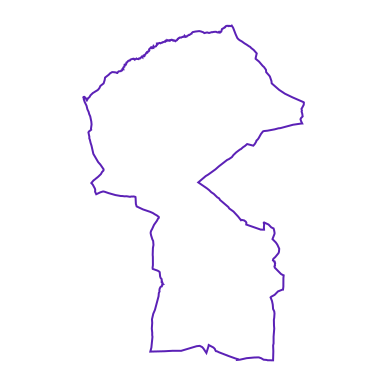 Chemba, Dodoma, United Republic of Tanzania (Mercator projection), rotated 91°
{"feature_id": "72390352B30961702846084", "entity_name": "Chemba", "entity_type": "district", "adm_level": 2, "iso_a3": "TZA", "parent_name": "United Republic of Tanzania", "parent_adm1": "Dodoma", "projection": "mercator", "projection_center": [35.501, -5.27], "detail": "fine", "context": "isolated", "style": "outline", "palette": "violet", "viewbox_px": 384, "rotation_deg": 91, "n_neighbors": 0, "source": "geoboundaries", "source_scale": "gbopen_adm2", "svg_char_len": 5897}
<svg xmlns="http://www.w3.org/2000/svg" viewBox="0 0 384 384"><g transform="rotate(91 192 192)"><path d="M195.9,287.7L193.9,283.6L193.0,280.9L193.3,279.3L194.6,275.3L196.4,268.5L197.3,262.8L197.2,262.1L197.5,259.4L197.4,257.2L197.9,253.8L197.6,252.9L197.5,250.0L197.9,248.5L198.8,248.3L204.9,247.9L207.4,247.1L210.3,240.6L212.6,233.4L213.7,230.8L215.0,228.7L216.0,226.8L217.4,224.9L217.7,224.7L218.5,224.8L219.2,225.5L221.4,226.6L225.5,229.4L229.9,231.3L231.3,232.1L232.9,232.6L234.1,232.6L236.2,232.1L240.1,230.8L241.6,230.0L245.6,229.6L248.7,230.1L255.6,230.2L257.4,230.0L265.8,229.8L268.5,230.1L269.6,229.9L271.2,225.1L271.8,223.9L272.7,222.9L277.1,222.4L278.6,221.8L279.7,220.8L281.0,220.8L281.8,220.4L282.2,220.8L282.7,220.8L283.4,219.9L283.9,220.0L284.5,219.4L284.6,220.0L284.9,220.1L285.0,219.7L286.9,220.6L286.9,221.0L287.5,221.8L289.1,222.6L290.8,222.9L292.0,222.7L293.6,223.4L296.8,223.6L310.5,227.0L314.4,228.6L320.0,229.8L323.6,229.5L329.3,229.8L333.5,229.3L335.8,229.3L337.5,229.0L348.3,229.9L352.3,230.9L351.7,216.8L351.1,208.4L351.0,200.1L346.1,184.7L345.7,181.6L346.9,179.1L348.2,177.9L352.7,174.8L346.3,172.9L344.7,172.6L347.1,167.9L348.4,166.5L350.0,165.8L350.7,165.3L350.9,164.1L351.8,162.2L355.3,152.7L357.8,145.3L358.3,143.4L359.1,143.8L358.8,141.1L357.2,134.5L356.4,127.0L356.2,123.0L356.2,122.3L357.0,119.9L358.4,117.5L358.6,114.5L358.9,113.5L358.9,108.0L349.9,107.9L344.0,108.2L342.0,107.8L335.2,107.9L327.1,107.4L324.0,107.7L318.4,107.9L316.3,107.6L312.0,107.4L309.9,107.7L307.5,108.9L303.2,109.3L299.6,110.1L296.0,111.6L295.3,110.9L293.4,107.6L289.9,104.3L288.0,99.8L288.0,99.3L285.1,99.0L276.5,99.1L273.7,98.9L273.3,100.0L272.4,101.6L266.2,107.9L264.8,108.3L264.2,107.7L262.5,107.9L261.8,107.6L261.4,107.7L260.9,108.2L260.5,108.4L260.0,108.2L259.5,109.2L258.9,109.9L257.6,109.6L256.9,109.0L255.7,107.7L251.7,104.5L250.3,104.0L247.2,103.8L243.1,105.8L241.0,107.3L237.7,110.7L232.5,108.8L231.6,108.7L229.0,109.2L227.0,109.8L226.0,112.1L223.2,114.9L221.2,119.4L221.4,119.7L221.7,119.7L223.2,119.3L225.7,119.5L228.4,119.3L228.4,122.6L223.6,137.2L221.8,137.1L220.7,137.7L219.5,139.4L219.0,141.9L219.4,142.5L215.7,145.5L210.8,150.2L207.8,154.5L206.4,155.4L199.5,163.8L197.9,164.8L196.9,166.6L193.5,170.2L191.9,172.7L189.9,174.8L188.2,177.0L182.3,185.9L175.8,178.5L174.3,176.1L169.0,169.0L165.9,165.6L159.3,157.4L158.5,155.7L156.4,152.7L154.4,151.3L151.6,148.5L148.7,144.8L148.3,143.9L146.3,141.7L145.0,139.8L143.1,137.7L144.6,131.5L142.8,130.0L140.3,128.6L139.5,128.5L138.3,127.2L137.0,126.3L132.7,124.0L130.2,122.1L129.8,121.1L129.4,117.7L127.9,110.4L126.8,106.6L126.6,104.8L123.0,92.2L121.7,84.3L121.6,83.0L119.2,84.2L117.3,84.8L116.1,84.2L114.5,82.7L111.5,83.2L109.8,83.8L109.5,83.8L108.8,83.5L107.4,83.9L106.7,83.9L106.2,83.5L102.8,81.8L100.5,81.7L100.2,82.1L95.6,93.2L92.1,100.8L88.4,106.6L82.0,114.2L79.7,114.5L75.3,116.1L74.4,116.7L70.9,119.9L68.5,120.2L65.8,122.2L64.7,123.5L60.4,127.3L57.7,130.7L56.9,130.7L52.3,129.7L48.9,132.8L47.1,135.2L45.8,136.5L45.4,137.4L43.8,139.8L42.4,142.2L40.5,144.9L39.5,146.8L38.5,148.2L37.2,149.4L33.6,151.1L27.2,153.7L24.9,155.2L25.4,156.1L25.4,157.0L25.2,157.8L25.5,158.1L25.5,158.7L25.2,159.1L25.3,160.3L25.7,161.2L26.7,161.7L26.7,162.3L27.5,162.9L27.7,163.6L28.4,164.3L28.6,164.9L31.0,165.5L31.4,166.3L31.8,166.3L32.2,166.9L32.1,167.8L31.5,168.0L32.0,168.7L32.0,169.1L31.8,169.9L31.5,170.3L31.4,171.3L31.6,173.4L31.9,174.4L31.8,174.9L32.7,177.7L32.2,179.7L32.9,182.5L32.2,183.3L31.3,185.9L31.0,187.6L31.5,191.3L32.1,194.0L33.0,195.0L33.7,195.2L33.9,195.8L35.0,197.3L34.9,197.7L35.5,198.4L35.8,199.3L36.7,200.0L37.0,201.1L36.5,201.1L36.4,201.4L36.8,201.6L36.7,201.8L36.3,201.8L36.1,202.0L36.8,202.1L36.6,203.1L36.7,203.3L37.0,203.3L37.2,203.9L37.2,204.5L37.8,205.5L37.7,206.7L38.1,207.1L38.0,207.4L38.6,208.3L39.1,208.5L39.2,208.9L39.6,209.0L39.9,209.5L40.5,209.7L41.0,210.6L41.0,210.9L41.3,211.1L41.1,211.3L41.3,211.6L40.8,212.2L41.1,212.9L40.9,213.7L40.4,213.8L40.4,214.3L40.1,214.8L40.4,215.2L40.3,215.7L40.5,216.0L40.5,216.4L41.1,216.6L41.2,216.9L41.2,217.4L40.8,217.5L41.0,218.0L40.7,218.5L40.9,218.9L40.5,219.6L41.4,220.0L41.1,221.0L41.4,221.2L41.9,221.3L41.7,221.6L42.4,222.4L42.5,223.1L42.9,223.8L42.8,224.2L43.3,224.6L43.4,225.3L43.9,226.1L43.5,226.9L43.6,227.5L44.3,228.3L44.0,229.2L44.1,229.7L45.5,229.5L46.0,230.1L46.9,230.5L47.6,232.4L47.2,233.0L48.6,233.1L48.5,233.5L47.7,233.5L48.9,234.3L48.9,234.6L48.1,234.8L47.9,235.1L48.0,235.5L49.0,236.2L49.4,236.8L50.2,237.4L51.2,237.1L52.1,237.7L52.2,238.4L53.0,238.8L52.7,239.1L52.9,239.5L53.7,239.6L54.0,240.4L55.5,241.1L55.9,242.1L56.9,241.9L57.1,242.1L56.8,243.2L57.3,243.4L57.7,243.9L58.2,243.9L57.6,244.7L58.5,245.3L58.8,245.9L59.4,246.3L59.3,247.2L60.1,247.7L59.9,249.3L59.5,249.9L60.1,250.6L60.3,251.6L60.6,251.7L60.3,252.1L59.9,252.2L59.8,252.4L60.1,252.6L59.9,253.6L60.5,255.4L60.8,256.0L61.5,256.2L61.8,256.8L61.8,257.7L62.5,258.5L63.1,258.8L63.7,259.8L64.1,259.9L64.6,259.8L65.2,260.1L65.5,260.8L65.7,260.4L65.9,260.4L66.3,261.3L66.8,261.4L67.3,261.9L67.9,261.8L68.5,262.7L69.2,263.0L70.2,262.8L70.0,263.4L70.2,263.7L71.1,263.6L71.6,263.9L71.6,264.7L72.4,265.2L72.7,267.5L73.5,268.2L74.3,268.7L74.3,269.2L73.7,270.2L73.8,271.0L73.6,271.6L73.5,273.9L74.7,275.9L76.2,277.3L79.1,280.9L81.7,281.3L85.0,282.3L87.5,285.4L89.9,286.5L91.6,287.9L94.8,292.9L97.1,295.2L98.8,296.1L100.2,297.6L102.2,298.7L101.9,298.9L100.8,298.7L100.4,298.8L100.5,299.9L98.9,301.0L98.7,301.5L98.9,302.1L99.2,302.3L100.0,301.9L100.9,301.9L104.0,300.8L107.5,299.0L111.2,298.0L113.6,296.8L116.0,296.1L118.1,295.1L123.4,293.9L126.2,293.6L130.4,294.1L131.5,293.9L133.4,296.2L133.8,296.3L134.2,296.6L138.5,295.6L140.3,295.6L141.3,295.1L144.8,294.2L147.4,293.3L155.6,291.3L163.8,286.3L166.3,284.0L170.8,280.8L172.1,280.9L173.6,282.3L175.7,283.4L178.4,286.1L182.3,290.8L184.8,292.8L186.3,291.4L190.2,289.2L191.5,288.8L193.4,288.9L195.9,287.7Z" fill="none" stroke="#5b21b6" stroke-width="2"/></g></svg>